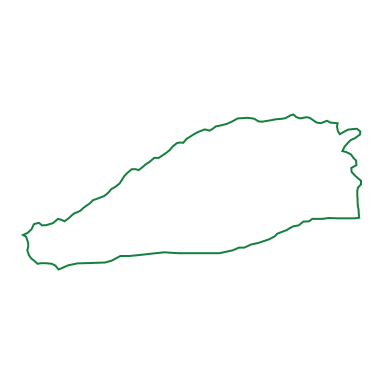 the district of Akanthou, Cyprus
{"feature_id": "46923920B90668943493632", "entity_name": "Akanthou", "entity_type": "district", "adm_level": 2, "iso_a3": "CYP", "parent_name": "Cyprus", "parent_adm1": "", "projection": "robinson", "projection_center": [33.758, 35.379], "detail": "fine", "context": "isolated", "style": "outline", "palette": "green", "viewbox_px": 384, "rotation_deg": 0, "n_neighbors": 0, "source": "geoboundaries", "source_scale": "gbopen_adm2", "svg_char_len": 2090}
<svg xmlns="http://www.w3.org/2000/svg" viewBox="0 0 384 384"><path d="M58.5,269.5L68.3,265.3L77.3,263.4L87.2,263.1L87.5,263.1L91.0,263.0L105.2,262.5L111.8,260.6L120.4,256.0L129.3,256.0L138.8,255.1L151.1,253.7L164.4,252.3L170.1,252.7L178.6,253.2L205.0,253.2L219.2,253.2L232.5,250.4L239.1,247.6L244.3,247.6L251.4,244.4L258.0,243.0L268.9,239.4L274.7,236.4L277.1,233.8L281.6,232.0L286.5,230.2L289.8,228.1L293.4,226.3L298.6,225.4L303.4,221.6L309.2,221.3L312.2,218.9L317.1,218.9L321.0,218.9L324.9,218.6L328.3,218.0L336.4,218.3L342.8,218.3L350.1,218.3L355.2,218.3L359.2,217.7L358.8,213.8L358.5,209.1L357.9,206.1L357.6,202.5L357.6,199.6L357.3,195.4L357.3,190.9L357.9,187.7L361.0,184.4L361.0,180.8L357.9,178.2L354.9,175.5L351.6,171.9L351.3,168.0L356.4,165.1L356.1,160.6L353.4,157.9L351.0,154.4L346.1,152.0L342.4,151.1L344.6,146.6L348.2,142.5L350.7,140.1L355.2,138.0L360.0,134.5L360.3,131.5L357.0,128.8L352.5,129.1L347.9,129.7L343.4,132.1L339.8,134.2L337.9,131.2L337.0,126.7L337.6,123.2L330.4,122.6L327.0,120.8L320.7,123.2L316.7,122.6L313.1,120.2L309.8,117.8L306.4,117.2L300.4,118.4L296.5,117.2L293.4,114.5L290.4,115.4L285.6,118.1L282.5,118.7L275.9,119.3L269.5,120.5L265.6,121.1L262.2,121.7L258.6,121.4L254.1,118.7L247.7,117.8L243.5,118.1L237.7,118.4L232.9,121.1L227.1,123.8L220.5,125.5L215.9,126.4L212.3,129.1L209.6,130.6L204.7,129.4L197.8,132.1L193.5,134.5L189.9,136.8L186.6,138.9L183.2,142.8L179.9,142.5L176.9,143.1L172.6,146.6L169.9,149.9L166.6,152.6L162.6,155.3L158.7,157.9L154.2,157.9L149.3,162.1L146.3,163.9L141.4,168.0L138.7,170.1L135.7,169.2L131.8,169.2L127.8,172.5L124.5,175.8L119.6,183.5L115.4,186.8L111.2,189.2L109.4,191.5L106.9,193.9L104.2,196.0L98.8,198.1L93.0,200.2L89.4,203.7L86.3,205.8L83.0,208.2L80.6,210.6L77.6,212.1L74.5,213.2L72.1,215.0L69.7,217.4L67.0,219.5L64.5,221.3L61.5,219.8L57.9,218.9L53.0,223.1L46.4,225.1L42.1,225.4L38.8,222.8L33.9,224.2L31.5,229.3L27.6,232.9L23.0,235.0L26.1,236.7L28.2,243.0L28.2,246.8L27.3,250.4L28.8,254.9L31.2,258.4L33.9,260.5L37.6,263.8L40.9,263.2L45.7,263.2L51.8,263.8L55.4,265.6L58.5,269.5Z" fill="none" stroke="#15803d" stroke-width="2"/></svg>